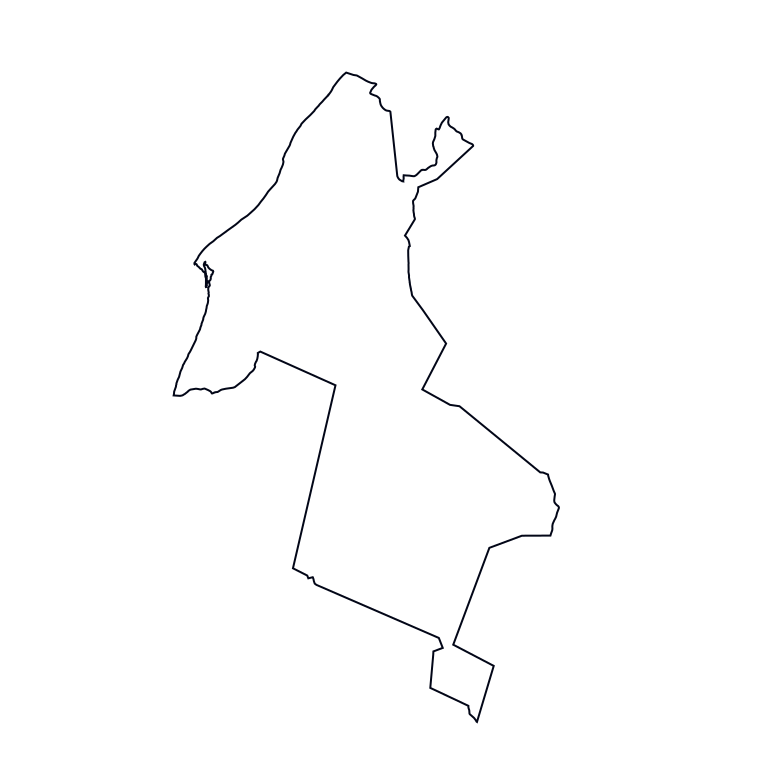 Massinga, Inhambane, Mozambique (Natural Earth projection), rotated 204°
{"feature_id": "85939544B96403406066950", "entity_name": "Massinga", "entity_type": "district", "adm_level": 2, "iso_a3": "MOZ", "parent_name": "Mozambique", "parent_adm1": "Inhambane", "projection": "natural_earth1", "projection_center": [35.191, -22.846], "detail": "fine", "context": "isolated", "style": "outline", "palette": "ink", "viewbox_px": 768, "rotation_deg": 204, "n_neighbors": 0, "source": "geoboundaries", "source_scale": "gbopen_adm2", "svg_char_len": 6106}
<svg xmlns="http://www.w3.org/2000/svg" viewBox="0 0 768 768"><g transform="rotate(204 384 384)"><path d="M378.7,467.4L394.2,476.2L395.4,477.8L395.5,478.1L396.3,479.3L397.5,480.8L398.4,482.3L398.7,482.5L399.1,483.3L399.3,483.4L400.9,485.7L401.6,487.0L401.8,487.1L402.1,487.8L404.6,491.7L405.3,493.4L407.2,496.3L408.3,499.0L410.3,503.3L410.7,504.5L411.3,505.5L414.0,511.0L416.3,516.0L417.1,519.6L416.5,520.5L418.9,523.9L420.2,525.4L422.5,526.9L425.2,528.1L422.8,547.0L423.2,547.9L424.0,548.7L424.8,549.7L425.4,550.7L425.7,551.4L426.9,553.1L427.6,554.4L427.8,554.6L428.3,556.2L429.0,557.6L429.3,558.6L431.0,561.1L431.9,563.0L431.7,564.1L431.0,565.8L430.9,566.7L431.2,573.5L432.7,577.7L418.8,592.8L399.4,637.7L399.6,638.2L400.2,638.7L401.2,639.0L404.1,638.9L411.2,639.5L412.0,639.8L412.5,640.3L413.9,642.5L414.2,642.6L414.3,642.9L414.7,643.4L416.0,644.1L418.1,644.4L420.3,644.3L421.8,644.8L422.5,645.3L424.1,645.8L426.1,646.1L427.7,646.2L429.2,646.7L430.6,647.5L431.8,649.2L432.2,650.4L432.2,650.7L432.7,652.2L432.7,652.5L433.2,653.5L434.2,653.9L434.7,653.8L435.3,653.3L435.6,652.8L437.4,646.3L437.5,643.2L437.3,640.5L437.4,639.0L437.7,638.8L439.8,638.7L440.2,638.1L440.3,637.5L439.4,634.6L438.0,631.5L437.6,628.3L437.6,625.1L437.3,623.8L435.8,621.3L435.1,620.7L434.5,619.8L433.0,618.2L430.2,616.2L429.0,615.2L427.8,613.6L427.6,613.0L427.6,611.9L427.2,609.9L426.8,608.9L426.4,608.2L426.1,607.4L426.0,605.8L426.2,605.1L426.5,604.6L427.2,604.0L427.8,603.7L428.7,603.2L429.9,602.0L431.6,599.3L432.4,597.5L433.0,596.6L434.3,595.9L435.4,595.6L436.3,595.1L436.4,594.8L436.7,594.7L437.1,594.1L438.6,590.1L439.4,588.1L440.6,586.4L441.0,586.1L442.2,585.6L445.8,584.6L447.8,583.8L450.9,582.7L450.4,581.2L449.7,580.0L449.0,577.2L448.8,576.9L449.9,576.6L450.6,576.7L452.9,577.0L453.7,577.3L455.2,578.2L456.4,579.3L488.9,635.3L489.7,635.6L490.1,635.6L492.6,634.9L494.0,634.8L496.1,635.3L497.5,635.8L499.3,636.8L500.7,637.9L502.3,640.0L502.6,640.6L502.8,640.7L503.5,642.2L504.0,642.8L505.1,643.3L507.0,643.9L508.6,644.0L509.8,643.8L513.0,643.7L514.2,643.7L514.7,643.9L515.1,644.4L515.1,647.8L514.1,651.3L513.1,653.5L512.9,654.4L513.0,654.7L513.3,654.9L514.4,654.9L515.3,654.7L516.3,654.3L517.9,653.9L521.4,653.7L524.1,653.8L528.3,654.3L534.3,654.8L537.6,653.9L545.2,653.1L546.9,649.7L548.5,645.1L549.6,641.2L551.1,634.6L551.2,631.4L551.4,629.6L552.3,625.3L552.5,625.4L552.9,623.7L554.4,619.5L555.2,616.8L556.5,613.4L557.0,611.1L557.2,610.8L558.5,607.0L558.8,605.0L559.5,603.1L560.8,599.5L563.2,593.9L565.2,588.2L565.3,585.7L566.5,581.2L566.8,578.8L567.1,577.6L567.5,573.0L567.5,566.3L567.2,564.4L567.2,563.2L568.2,554.1L567.9,552.1L567.9,549.0L567.8,548.3L566.2,546.1L565.6,543.4L565.5,540.0L565.6,537.6L565.1,534.1L565.0,529.0L564.5,526.6L564.4,525.2L564.9,522.4L567.2,515.5L568.1,512.6L568.7,508.8L569.6,504.4L570.7,500.3L571.5,496.5L573.4,490.9L577.3,482.2L581.2,476.1L583.0,472.0L584.5,469.0L588.8,461.7L594.1,452.4L596.0,449.6L598.0,445.0L600.3,441.1L602.0,437.2L603.1,434.4L604.0,431.5L604.8,428.2L605.3,425.8L605.4,422.8L606.4,417.5L606.0,416.5L605.6,416.3L605.5,416.9L605.2,417.1L604.2,417.2L603.7,417.0L602.9,416.2L602.4,415.9L601.2,415.7L598.5,414.6L597.4,414.7L596.9,414.5L595.2,413.3L594.2,413.0L593.2,412.9L592.5,412.4L590.8,409.4L589.6,408.1L587.2,402.6L586.4,400.4L586.1,400.1L585.7,400.4L586.0,401.1L585.9,402.0L586.1,402.5L586.8,403.3L586.9,403.8L586.6,404.2L586.5,404.7L586.8,405.7L587.1,406.2L587.4,406.2L587.5,405.9L587.8,406.3L588.5,407.3L588.6,407.9L589.2,408.9L589.6,410.3L590.2,410.8L591.2,411.4L591.4,412.2L592.0,413.0L592.4,413.2L592.6,414.0L593.1,414.2L593.2,414.5L593.3,415.2L594.4,416.8L595.1,417.6L596.2,418.4L597.1,419.5L597.3,420.3L597.4,422.3L597.1,422.6L597.0,422.8L596.9,422.9L596.7,422.7L596.4,421.5L596.2,421.0L595.5,420.3L594.0,420.6L593.5,420.4L591.9,419.0L590.3,418.3L587.9,417.8L586.3,417.9L585.7,417.3L585.5,414.5L585.7,414.1L586.0,413.9L586.1,413.6L585.7,412.8L585.8,411.2L585.2,410.1L584.9,408.8L585.0,408.1L585.2,407.6L585.5,407.3L585.6,406.8L584.8,405.3L583.6,403.8L583.3,403.4L583.2,402.8L583.5,402.1L583.6,400.9L583.5,400.1L583.3,399.6L582.8,398.4L581.3,396.2L581.1,395.1L580.4,394.4L579.7,393.0L579.8,391.8L579.8,390.9L578.6,388.8L577.9,386.5L577.7,385.0L577.6,383.1L577.0,381.2L576.7,379.5L576.2,377.7L575.9,375.4L576.0,371.9L575.8,370.5L575.4,369.3L575.2,364.8L574.8,363.7L574.7,361.1L574.3,359.0L574.7,352.7L574.7,350.9L574.0,349.2L573.8,347.4L574.2,336.1L574.4,333.7L574.7,332.4L574.7,331.2L574.4,329.7L574.4,327.4L575.0,323.2L575.0,321.2L575.3,319.8L575.2,319.0L574.9,316.6L575.0,312.6L574.1,307.1L574.2,304.1L573.9,300.2L573.5,299.2L573.4,298.1L573.0,297.0L572.6,291.7L571.8,289.4L571.5,288.0L565.5,290.2L563.9,291.3L563.2,292.0L562.3,293.4L562.0,293.7L560.2,297.1L559.8,298.3L558.6,300.1L553.9,303.2L551.9,303.8L549.6,304.3L548.7,304.8L547.9,305.6L546.2,306.8L545.5,306.9L542.1,306.9L539.6,306.7L538.5,306.2L537.5,305.4L536.9,305.6L536.4,306.1L535.5,307.3L535.2,307.3L534.6,308.0L532.8,309.0L532.2,309.8L530.7,312.1L529.7,313.1L526.5,315.4L520.4,319.2L519.0,320.5L513.0,331.8L512.0,334.7L510.9,339.3L509.6,341.9L509.4,342.1L508.8,344.2L508.6,346.7L508.8,347.5L509.5,348.2L509.7,348.5L510.0,350.0L510.0,352.2L509.8,353.2L510.0,355.5L510.7,358.3L511.1,359.2L511.1,359.5L511.9,361.0L510.2,363.3L427.8,363.1L392.2,178.6L376.2,177.8L374.1,175.7L370.5,178.5L370.2,178.3L370.0,178.0L369.0,177.0L367.9,175.4L366.1,173.5L364.5,173.1L363.5,173.0L230.6,174.3L223.0,166.8L230.1,159.8L228.9,156.7L218.1,125.2L176.0,124.3L175.3,122.8L174.5,121.8L173.4,120.6L171.8,117.6L171.2,117.2L166.0,115.6L163.6,114.3L162.1,113.2L161.6,113.1L169.1,171.1L214.7,174.0L221.1,277.2L196.3,301.5L170.3,313.2L170.6,315.6L170.8,318.7L171.2,320.1L172.4,322.6L172.8,324.1L173.0,325.0L173.0,328.7L172.8,330.7L172.8,332.9L173.5,336.7L173.7,341.0L173.8,342.0L174.5,342.9L175.2,343.3L176.6,343.6L178.0,344.1L179.9,345.1L180.2,345.4L180.9,346.4L181.3,347.3L182.4,350.8L182.9,352.7L183.2,353.3L185.5,355.4L189.1,359.1L193.1,362.9L194.8,364.7L196.7,367.0L197.3,368.0L202.7,367.8L205.3,366.8L306.0,394.4L315.2,391.8L346.8,394.6L343.7,446.2L378.7,467.4Z" fill="none" stroke="#020617" stroke-width="2"/></g></svg>